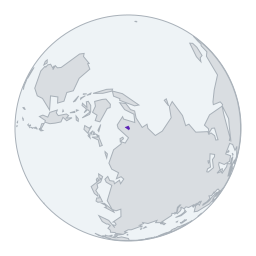 globe centered on Si Sa Ket, rotated 161°
{"feature_id": "THA-425", "entity_name": "Si Sa Ket", "entity_type": "Province", "adm_level": 1, "iso_a3": "THA", "parent_name": "Thailand", "parent_adm1": "", "projection": "orthographic", "projection_center": [104.414, 14.961], "detail": "fine", "context": "on_globe", "style": "filled", "palette": "violet", "viewbox_px": 256, "rotation_deg": 161, "n_neighbors": 0, "source": "natural_earth", "source_scale": "10m", "svg_char_len": 10072}
<svg xmlns="http://www.w3.org/2000/svg" viewBox="0 0 256 256"><g transform="rotate(161 128 128)"><circle cx="128" cy="128" r="113" fill="#eef3f6" stroke="#a8b0b8"/><path d="M232.8,165.1L232.6,165.8L232.8,165.1ZM179.3,27.7L180.0,28.4L184.1,31.0L180.3,29.0L190.5,35.8L193.6,39.3L187.8,34.0L185.5,32.6L186.4,34.1L184.3,33.0L183.5,33.2L180.8,31.9L177.6,29.3L175.8,28.5L176.6,29.7L174.4,29.4L173.5,27.7L169.5,27.1L163.6,23.4L163.4,21.4L157.9,19.5L155.5,18.8L163.7,21.2L171.6,24.1L179.3,27.7ZM231.9,84.6L231.9,84.4L231.7,83.9L231.9,84.6ZM187.5,33.3L186.7,32.5L188.2,33.7L187.5,33.3ZM183.8,33.5L184.7,34.1L183.9,34.0L183.8,33.5ZM179.1,32.0L177.5,31.7L178.5,31.5L179.1,32.0ZM176.2,31.3L172.4,31.2L174.1,32.5L167.2,29.0L172.7,30.1L173.7,29.5L174.5,30.5L176.2,31.3ZM151.5,17.8L152.7,18.1L148.6,17.3L146.6,16.9L146.9,17.0L151.5,17.8ZM146.1,16.8L145.2,16.7L146.1,16.8ZM163.9,27.3L162.5,27.0L163.4,26.9L163.9,27.3ZM155.2,18.7L155.0,18.8L151.7,18.1L151.1,18.1L148.6,17.3L155.2,18.7ZM144.6,16.6L143.5,16.4L144.3,16.6L144.6,16.6ZM137.5,15.8L138.2,15.8L138.6,15.9L137.2,15.8L137.5,15.8ZM146.4,17.0L145.0,16.8L147.3,17.3L144.9,17.0L143.6,16.6L143.1,16.6L142.4,16.5L142.2,16.3L146.4,17.0ZM131.2,15.4L136.5,15.7L137.0,15.9L134.6,15.6L130.7,15.4L130.2,15.4L131.2,15.4ZM140.1,16.1L138.1,15.9L138.4,15.9L140.0,16.0L140.1,16.1ZM143.7,17.0L147.7,17.5L147.9,17.6L143.7,17.0ZM135.8,15.8L136.4,15.9L135.5,15.8L135.8,15.8ZM141.2,16.6L142.6,16.7L142.7,16.8L141.2,16.6ZM136.5,16.1L135.7,15.9L136.8,15.9L136.5,16.1ZM138.6,16.3L138.4,16.4L137.6,16.0L139.2,16.3L138.6,16.3ZM141.1,16.6L141.6,16.7L140.5,16.6L141.1,16.6ZM133.0,16.2L131.7,15.8L134.0,15.7L134.9,16.1L133.0,16.2ZM39.0,59.0L38.8,60.0L38.1,61.3L34.6,65.8L31.0,75.2L34.1,72.0L34.4,78.4L36.9,80.3L44.1,71.7L40.0,68.4L42.9,63.4L48.9,62.2L53.0,65.8L54.2,64.0L54.6,58.5L58.6,56.3L55.1,56.4L54.3,58.6L52.1,58.8L52.7,56.9L54.1,56.1L53.7,54.6L47.3,59.3L45.7,62.0L42.9,60.8L40.1,65.4L38.2,66.7L42.4,59.6L44.3,57.5L49.4,49.6L47.1,51.6L42.1,59.4L42.4,58.4L39.3,61.7L41.8,58.4L47.8,49.9L47.3,49.5L45.0,51.8L51.7,45.1L52.7,44.3L54.0,43.1L57.1,40.4L56.5,41.0L58.2,39.6L57.7,40.3L61.3,38.0L61.4,38.6L67.2,35.0L68.0,34.9L64.4,37.0L61.9,38.9L62.7,41.0L64.2,40.6L67.8,38.3L67.6,39.4L71.0,36.8L73.6,37.4L73.3,34.8L77.6,32.5L81.5,31.6L82.8,30.5L76.5,32.1L74.0,33.2L72.0,34.8L65.2,38.1L64.0,38.0L70.9,33.2L70.0,32.8L75.8,29.7L89.3,26.7L92.7,27.2L89.4,32.5L86.1,33.4L85.7,31.8L82.2,35.2L84.3,34.0L84.1,35.1L88.2,33.6L88.2,34.3L92.0,31.9L92.5,32.6L90.1,34.2L96.6,33.1L98.8,34.6L100.2,34.0L101.1,33.1L103.4,35.8L104.3,35.3L103.9,34.2L105.6,32.6L109.4,30.9L110.0,31.9L108.7,32.7L106.8,36.0L103.3,38.1L103.9,38.4L107.1,36.9L109.4,32.7L111.5,31.5L110.9,33.3L111.3,32.5L112.5,32.3L114.3,33.0L115.2,31.1L128.0,27.9L132.7,29.5L130.7,31.2L140.2,31.2L144.8,33.8L144.4,32.6L148.7,32.3L147.4,31.5L147.5,30.9L158.1,30.7L161.0,31.7L165.1,31.1L165.0,30.6L163.0,29.7L167.2,29.0L174.1,32.5L174.2,33.3L178.5,35.2L178.0,37.1L179.6,39.8L176.5,41.4L178.1,43.7L179.6,44.2L182.8,48.0L184.1,54.6L176.3,46.9L173.0,38.1L173.8,41.3L171.6,40.0L170.6,40.9L171.3,43.4L172.7,44.0L163.5,46.5L161.2,53.6L166.3,53.6L169.5,56.2L171.3,66.0L162.0,79.0L166.2,83.9L166.5,87.1L162.9,88.8L162.4,84.2L158.7,82.3L159.0,79.7L153.1,81.4L153.2,77.7L148.6,81.1L150.4,84.2L155.5,83.8L151.5,88.8L156.8,94.4L157.5,101.0L148.7,112.1L139.6,115.2L139.1,117.3L135.5,114.7L130.7,118.6L137.4,130.9L137.2,134.4L129.4,140.5L129.3,137.9L119.8,131.0L117.9,139.1L125.2,146.5L127.6,154.6L122.1,151.8L119.6,144.6L116.2,141.9L117.1,134.8L114.4,123.9L108.8,125.4L109.3,121.2L104.6,112.0L96.6,113.9L83.8,123.7L82.0,134.5L77.6,138.6L72.4,122.0L72.7,111.4L69.2,111.8L65.3,102.0L53.8,98.6L53.6,95.7L51.1,96.3L48.6,92.6L48.9,88.0L46.7,87.6L46.2,99.8L48.8,100.4L53.0,97.0L52.2,101.2L54.8,105.8L46.6,113.9L31.9,118.0L33.0,109.8L34.7,85.7L36.1,83.5L36.2,83.3L36.4,82.8L34.0,86.1L35.1,81.6L31.5,97.5L29.8,104.1L31.7,118.4L30.9,119.4L32.3,122.7L39.7,122.3L39.2,125.0L34.1,135.9L26.1,149.0L28.6,160.9L30.5,170.3L28.6,174.4L32.1,182.0L31.6,183.4L33.7,187.5L35.2,191.0L36.4,193.5L36.1,193.2L31.8,186.5L27.8,179.5L24.4,172.3L21.6,164.9L19.2,157.2L17.4,149.4L16.2,141.6L15.5,133.6L15.4,125.6L15.8,117.6L16.9,109.7L18.4,101.9L20.6,94.2L23.2,86.6L26.4,79.3L30.1,72.2L34.3,65.4L39.0,59.0ZM54.7,74.8L58.8,76.9L61.3,70.5L63.1,70.9L63.4,68.7L61.5,70.0L62.7,64.2L66.1,63.5L67.8,61.0L66.5,60.2L60.2,62.6L58.4,70.7L55.6,72.6L54.7,74.8ZM68.1,32.6L68.3,32.5L66.6,33.6L64.7,34.8L68.1,32.6ZM60.7,37.7L61.1,37.4L62.7,36.2L64.8,34.9L71.7,30.5L72.1,30.5L70.7,31.2L70.2,31.7L67.9,32.9L61.5,37.5L59.4,39.0L60.1,38.2L60.7,37.7ZM91.0,21.6L88.6,22.6L86.2,23.5L85.9,23.5L91.0,21.6ZM118.1,15.8L119.8,15.7L124.7,15.4L126.2,15.4L124.2,15.5L127.1,15.5L124.4,15.8L125.5,15.8L123.9,16.3L119.6,16.7L121.0,16.8L119.9,17.4L116.4,17.9L117.4,17.3L112.8,18.5L112.2,18.0L111.7,18.1L109.8,18.1L106.7,18.4L106.9,18.2L105.6,18.4L104.4,18.5L102.7,18.9L102.5,18.6L100.4,19.1L101.5,18.7L97.9,19.6L100.5,18.9L99.1,19.2L97.3,19.7L98.4,19.3L108.2,17.1L118.1,15.8ZM132.4,16.3L127.4,16.5L124.6,16.5L128.5,15.7L127.9,15.6L130.3,15.4L134.3,15.6L133.3,15.6L133.2,15.6L132.0,15.6L132.9,15.7L131.4,15.8L131.8,15.9L130.0,15.9L132.4,16.3ZM39.4,60.1L39.3,60.7L39.5,61.1L37.6,63.4L39.4,60.1ZM43.4,54.3L43.6,54.3L41.0,57.4L41.2,56.9L43.4,54.3ZM46.0,51.9L43.8,54.1L45.1,52.6L46.0,51.9ZM64.8,37.0L65.2,37.1L64.4,37.7L63.1,38.4L64.8,37.0ZM102.3,22.4L103.4,21.7L104.1,21.7L107.8,20.6L108.6,21.0L106.6,21.9L102.3,22.4ZM42.1,72.7L40.1,73.9L40.3,72.7L40.9,72.5L42.1,72.7ZM37.7,68.3L37.7,70.4L37.2,68.9L37.7,68.3ZM103.8,22.7L105.2,22.1L104.7,22.7L103.8,22.7ZM109.3,21.4L109.0,21.9L109.1,21.0L109.3,21.4ZM84.8,225.3L87.1,226.6L85.6,226.3L84.8,225.3ZM40.1,173.1L42.0,188.1L39.3,187.0L36.6,181.9L34.4,172.4L36.9,170.9L37.5,166.9L40.1,173.1ZM155.9,173.8L159.3,174.3L159.1,174.8L155.9,173.8ZM152.4,172.1L156.3,172.3L151.7,173.1L152.4,172.1ZM157.8,172.4L161.7,171.4L163.4,170.6L163.0,171.7L157.8,172.4ZM149.8,172.1L135.5,171.5L129.9,169.8L131.2,168.1L140.4,169.0L149.8,172.1ZM130.7,168.0L122.1,162.3L110.2,146.2L114.5,146.8L126.9,156.9L126.1,158.4L131.3,162.8L130.7,168.0ZM151.7,159.2L150.9,164.0L143.0,163.4L139.4,162.5L136.9,156.2L138.3,153.1L141.2,153.3L152.6,143.0L156.6,145.7L153.1,150.2L156.4,154.4L151.7,159.2ZM82.4,135.6L84.7,142.4L82.3,143.1L82.4,135.6ZM157.2,135.6L152.6,140.2L156.8,134.1L157.2,135.6ZM159.6,129.8L159.9,132.2L158.0,129.9L159.6,129.8ZM139.0,120.5L135.9,121.0L135.8,119.3L139.7,117.8L139.0,120.5ZM157.9,106.6L157.9,111.5L157.4,113.2L155.9,110.2L157.9,106.6ZM112.2,27.9L106.1,28.7L102.3,30.1L100.9,31.8L100.2,29.9L106.2,27.8L112.2,27.9ZM126.0,27.6L127.2,26.4L128.4,27.0L128.3,27.3L126.0,27.6ZM125.5,26.9L123.7,25.5L125.5,24.8L126.5,26.1L125.5,26.9ZM113.5,23.4L111.6,23.6L112.1,23.1L113.5,23.4ZM206.7,207.7L206.9,208.0L203.7,211.0L199.7,214.3L197.0,215.9L206.7,207.7ZM182.2,218.7L183.3,215.8L187.0,215.1L184.5,217.9L182.2,218.7ZM209.4,205.1L212.3,201.9L214.5,198.3L212.8,201.4L213.7,200.8L207.5,207.5L209.4,205.1ZM171.5,207.0L149.7,213.7L145.2,212.8L146.8,210.1L143.7,201.7L145.2,201.9L144.9,196.1L158.0,190.9L167.6,181.0L174.3,181.5L179.8,174.2L186.5,174.5L184.2,180.2L190.8,183.6L196.3,170.6L199.2,183.8L203.3,188.0L203.2,196.0L191.9,210.3L186.4,213.3L185.9,212.3L183.5,213.8L180.4,213.5L179.7,209.4L177.3,210.9L180.1,207.5L176.4,210.6L175.2,207.9L171.5,207.0ZM219.2,179.2L219.9,179.4L220.7,181.4L219.6,181.3L219.2,179.2ZM230.9,168.5L231.0,169.5L230.3,170.0L230.9,168.5ZM232.6,165.9L231.8,166.8L232.8,165.1L232.6,165.9ZM224.4,170.6L224.6,171.3L224.3,171.7L224.4,170.6ZM224.1,170.4L224.7,168.9L224.5,170.3L224.1,170.4ZM221.1,163.9L221.6,163.1L221.8,163.6L221.1,163.9ZM164.2,174.4L168.9,170.7L171.4,170.4L164.2,174.4ZM220.5,162.5L219.2,162.6L219.4,161.8L220.5,162.5ZM220.7,160.8L220.6,159.8L221.2,162.1L220.7,160.8ZM218.3,158.8L219.8,160.4L218.1,159.1L218.3,158.8ZM217.4,159.2L216.2,158.6L216.3,158.2L217.4,159.2ZM203.7,162.0L208.0,167.7L204.3,167.9L200.3,164.4L196.8,168.2L189.0,168.0L190.9,165.7L189.9,162.4L181.7,161.3L180.1,159.1L183.1,157.5L177.6,155.9L183.6,154.8L186.0,159.3L189.4,155.6L195.1,156.3L200.5,157.5L204.7,160.6L203.7,162.0ZM183.5,164.8L184.5,164.7L183.6,166.1L183.5,164.8ZM214.1,156.3L215.7,158.3L215.5,158.9L214.7,158.7L214.1,156.3ZM205.7,159.7L210.3,155.6L211.4,155.6L208.3,160.1L205.7,159.7ZM209.3,153.3L211.3,153.6L212.4,155.7L212.0,156.3L209.3,153.3ZM171.2,160.7L170.9,162.0L169.4,161.0L171.2,160.7ZM173.3,160.0L178.0,161.3L172.8,161.1L173.3,160.0ZM158.6,155.5L160.0,158.5L164.5,156.7L161.1,159.4L164.1,164.3L163.0,166.2L160.1,160.8L158.9,166.3L156.9,166.2L155.9,161.5L157.9,155.7L159.9,153.4L168.0,152.5L158.6,155.5ZM173.2,156.3L172.0,152.8L172.9,150.5L174.3,152.4L173.2,156.3ZM168.1,144.4L164.7,140.4L161.6,141.9L167.8,136.3L170.1,141.1L168.1,144.4ZM165.1,135.5L162.2,136.9L165.2,133.7L165.1,135.5ZM161.5,135.5L161.1,132.7L163.4,133.1L161.5,135.5ZM166.6,135.7L167.1,130.9L168.3,133.7L166.6,135.7ZM160.0,126.4L165.0,131.1L158.5,129.0L158.0,119.9L160.7,119.8L160.0,126.4ZM173.4,90.7L172.5,88.2L174.9,87.7L174.8,89.5L173.4,90.7ZM181.9,84.6L175.3,86.8L169.8,88.9L171.7,90.1L170.7,94.2L167.8,90.3L171.4,85.8L175.6,85.0L175.9,81.6L178.8,79.4L177.7,75.2L178.8,73.5L181.1,77.1L181.9,84.6ZM177.0,73.5L176.1,66.5L180.7,67.6L182.0,69.4L180.4,72.0L178.1,71.3L177.0,73.5ZM177.2,65.2L174.9,64.5L168.8,54.6L168.6,52.9L175.8,60.5L174.0,60.3L174.7,62.6L177.2,65.2ZM163.1,27.6L162.6,27.1L163.8,27.6L163.1,27.6ZM146.7,30.5L147.1,29.9L148.6,30.3L146.7,30.5ZM149.1,28.5L147.2,28.4L149.0,28.0L149.1,28.5ZM142.9,28.3L146.3,28.1L143.4,29.0L142.9,28.3Z" fill="#d9dde1" stroke="#a8b0b8" stroke-width="1"/><path d="M128.8,129.1L128.7,129.0L128.4,129.1L128.2,129.2L127.8,129.1L127.7,129.1L127.4,129.2L127.3,128.9L127.3,128.7L127.2,128.5L127.2,128.4L127.1,128.2L127.2,127.9L127.2,127.7L127.2,127.4L127.3,127.3L127.3,127.2L127.2,127.1L127.3,127.0L127.3,126.9L127.5,126.8L127.5,127.0L127.8,127.2L127.8,127.3L128.0,127.3L128.3,127.4L128.3,127.5L128.3,127.4L128.5,127.5L128.5,127.4L128.5,127.5L128.5,127.8L128.5,128.0L128.8,128.1L128.8,128.3L128.9,128.5L129.0,128.6L128.9,128.6L128.8,128.8L128.9,129.0L129.0,129.1L128.9,129.1L128.8,129.1Z" fill="#8b5cf6" stroke="#5b21b6" stroke-width="1.5"/></g></svg>